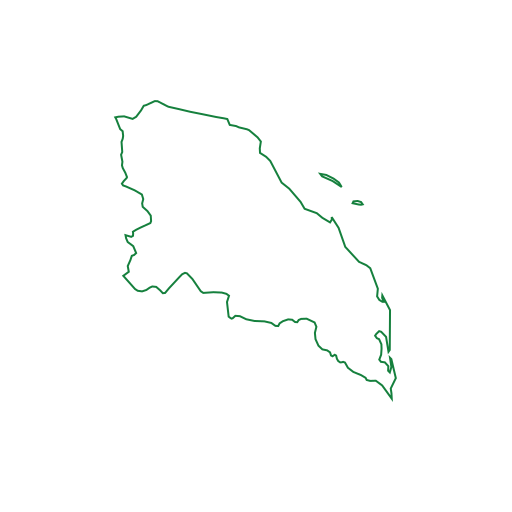 the border of Honduras, rotated 51°
{"feature_id": "HND", "entity_name": "Honduras", "entity_type": "country or territory", "adm_level": 0, "iso_a3": "HND", "parent_name": "North America", "parent_adm1": "", "projection": "mercator", "projection_center": [-86.242, 14.747], "detail": "fine", "context": "isolated", "style": "outline", "palette": "green", "viewbox_px": 512, "rotation_deg": 51, "n_neighbors": 0, "source": "natural_earth", "source_scale": "50m", "svg_char_len": 2629}
<svg xmlns="http://www.w3.org/2000/svg" viewBox="0 0 512 512"><g transform="rotate(51 256 256)"><path d="M452.3,240.3L436.0,239.4L428.3,241.4L424.9,245.9L422.0,248.0L419.6,247.5L414.7,249.3L407.4,253.3L400.7,254.9L394.8,253.9L393.1,254.9L392.6,256.2L391.7,257.5L389.4,258.2L386.8,257.8L383.8,256.4L382.3,257.0L382.1,259.6L380.5,260.3L377.5,259.1L374.1,260.1L370.3,263.2L365.0,263.9L358.1,262.1L352.8,258.6L349.0,253.6L344.5,252.3L336.6,256.1L333.3,260.5L332.6,263.1L333.4,265.6L331.9,267.2L328.3,268.0L325.5,270.9L323.6,276.1L323.2,280.0L324.4,282.8L322.5,284.9L317.7,286.2L312.1,290.6L305.5,298.1L299.0,303.4L292.6,306.4L289.5,309.7L289.7,313.3L289.3,314.4L288.0,314.9L285.9,315.4L273.5,307.5L269.9,302.0L266.8,302.8L262.9,305.6L257.4,311.8L251.5,320.2L248.6,321.1L233.8,319.9L226.0,320.6L224.4,321.8L223.7,324.9L224.2,329.0L226.3,343.8L227.5,349.9L226.3,351.8L222.3,352.1L217.2,353.0L214.4,355.8L213.7,358.6L213.4,362.6L211.8,366.8L208.6,369.8L205.5,370.8L187.9,371.6L188.2,364.8L183.1,362.0L180.2,356.3L177.7,352.4L178.5,350.1L178.3,347.3L171.1,345.2L164.4,346.9L160.5,345.8L157.7,344.3L162.6,340.9L162.9,338.9L161.3,337.4L159.7,336.4L160.2,332.6L161.2,328.0L163.9,317.4L162.9,315.6L158.4,312.4L152.8,312.1L146.5,313.1L143.5,311.4L140.8,307.8L136.4,306.0L128.5,309.0L120.1,313.3L117.5,314.9L115.4,314.7L114.5,311.4L114.0,307.6L113.5,306.6L109.1,305.2L103.8,304.2L101.2,303.1L98.7,300.5L92.4,297.1L91.0,294.5L82.7,288.7L81.0,285.8L79.1,283.7L75.1,281.1L71.9,281.7L61.4,278.4L59.7,278.1L61.2,275.2L64.5,270.6L71.8,265.6L72.4,261.5L70.5,253.7L68.6,248.7L69.6,246.4L71.9,237.3L73.7,235.1L84.2,230.5L85.2,229.9L93.4,223.4L102.6,216.3L112.2,208.3L122.9,199.5L128.8,194.3L131.5,192.1L137.6,193.9L142.5,189.7L145.3,188.3L151.8,183.3L153.8,182.2L164.8,180.1L170.1,180.2L174.7,185.3L178.4,188.0L185.3,185.7L191.1,185.1L215.1,189.9L224.6,187.8L242.0,187.3L249.9,188.5L261.0,181.8L268.1,180.4L276.5,177.3L275.4,174.1L273.4,172.7L286.1,174.1L305.1,180.9L325.4,179.6L332.7,176.0L337.4,174.9L358.1,181.9L363.6,187.3L367.8,187.8L371.1,186.6L372.0,185.5L367.9,184.3L366.1,182.6L382.4,185.9L413.2,211.2L413.8,213.3L400.7,205.8L393.7,206.4L391.9,207.6L392.3,211.7L392.9,213.6L395.9,213.8L398.1,212.7L403.5,214.1L407.1,216.8L411.5,220.9L414.1,225.4L416.9,225.5L419.7,222.8L424.9,222.5L428.3,225.5L430.7,225.3L427.4,220.6L419.4,215.9L421.3,215.7L438.9,224.2L443.8,234.7L447.9,237.1L452.3,240.3ZM245.9,149.3L235.7,154.5L232.6,154.4L237.2,150.4L244.7,147.0L251.1,145.3L256.3,146.0L245.9,149.3ZM280.6,143.8L275.8,147.7L274.9,145.9L277.2,142.4L280.2,140.4L283.0,140.6L282.3,142.1L280.6,143.8Z" fill="none" stroke="#15803d" stroke-width="2"/></g></svg>